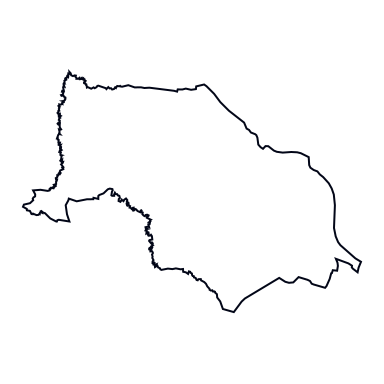 Benchalak, Si Sa Ket, Thailand (Robinson projection)
{"feature_id": "78962969B60458593570570", "entity_name": "Benchalak", "entity_type": "district", "adm_level": 2, "iso_a3": "THA", "parent_name": "Thailand", "parent_adm1": "Si Sa Ket", "projection": "robinson", "projection_center": [104.649, 14.787], "detail": "fine", "context": "isolated", "style": "outline", "palette": "ink", "viewbox_px": 384, "rotation_deg": 0, "n_neighbors": 0, "source": "geoboundaries", "source_scale": "gbopen_adm2", "svg_char_len": 5784}
<svg xmlns="http://www.w3.org/2000/svg" viewBox="0 0 384 384"><path d="M308.7,157.1L300.8,153.2L297.2,152.3L291.3,152.0L282.7,152.6L276.8,151.8L273.9,150.6L268.3,146.2L265.5,146.1L263.0,148.8L260.6,147.2L258.3,144.6L257.4,137.7L256.3,135.1L255.2,134.2L250.9,132.5L249.0,129.9L246.6,128.6L244.1,122.6L228.9,110.7L220.3,102.1L214.1,93.8L206.5,86.2L204.1,84.5L196.2,86.4L195.9,89.1L191.1,89.8L185.8,88.6L182.3,89.5L177.7,89.4L177.1,91.6L174.1,90.8L149.4,87.7L144.4,88.0L140.9,87.3L134.7,87.4L128.3,85.2L122.2,86.7L120.7,86.5L120.1,85.9L119.4,86.3L117.2,86.0L116.3,87.3L115.6,87.2L115.7,88.1L114.8,87.9L114.0,89.0L112.1,89.5L111.0,88.2L109.6,88.4L108.3,87.1L106.4,89.1L105.8,88.2L98.4,85.7L97.4,85.9L96.5,87.2L94.7,88.2L93.6,87.4L91.2,88.7L87.7,87.1L86.9,87.5L86.6,85.5L85.6,84.6L86.4,84.8L86.3,84.3L84.1,83.2L84.0,82.3L85.3,81.7L85.6,80.9L84.9,80.6L84.5,79.4L83.9,79.9L83.1,79.5L83.1,78.4L82.4,78.8L81.9,77.8L81.2,78.3L81.3,79.0L79.7,79.2L79.4,77.9L78.2,78.8L76.4,78.8L76.5,77.9L75.4,76.7L75.8,75.6L74.6,75.4L73.0,76.1L71.2,75.3L70.7,73.3L69.4,71.9L69.6,73.9L68.3,73.5L68.2,74.9L67.7,75.3L68.3,75.7L68.1,77.3L67.0,76.8L66.3,77.8L66.3,78.8L65.4,78.3L65.1,78.9L65.6,80.1L64.4,80.7L64.6,82.3L64.1,82.9L64.5,83.5L63.7,83.5L63.5,84.0L64.4,86.6L63.5,86.2L63.1,87.4L63.8,90.5L62.3,90.7L62.0,91.7L63.7,91.9L62.6,94.7L61.1,95.1L61.5,95.8L63.5,95.6L64.1,96.8L65.4,97.5L65.4,98.9L64.8,99.2L64.9,100.0L64.1,100.9L62.7,101.1L63.7,101.5L63.8,102.2L62.2,102.9L62.4,104.0L61.9,103.8L60.7,104.7L59.3,104.4L59.4,105.1L58.5,105.9L59.6,106.8L59.0,107.2L59.3,108.2L58.8,109.0L59.3,110.7L58.3,111.0L58.2,112.6L57.6,113.0L58.3,113.8L59.9,113.6L59.9,114.1L58.6,114.8L58.8,115.6L59.3,115.7L59.4,115.0L60.8,115.9L59.1,117.0L60.1,117.9L59.3,118.4L58.8,119.9L59.7,120.5L59.4,121.2L59.9,122.1L59.8,123.7L58.2,123.0L57.6,123.7L58.3,124.5L59.4,124.3L59.1,125.0L59.7,125.5L59.8,127.4L61.1,129.4L59.9,129.9L59.0,129.5L59.6,132.1L59.1,133.2L60.0,134.2L59.1,134.0L58.3,134.8L57.0,138.4L57.8,138.4L57.7,139.5L58.7,140.0L58.4,142.5L60.0,142.6L59.7,143.8L59.0,143.8L58.6,144.8L59.5,145.3L60.6,145.0L60.1,145.8L61.1,147.0L61.0,147.7L60.1,147.1L60.0,148.5L61.6,150.0L60.6,150.6L60.0,150.1L59.4,151.8L60.5,151.7L60.4,152.5L60.8,152.7L60.3,154.0L60.8,155.0L61.8,155.3L61.0,155.6L61.6,156.2L61.0,159.6L60.3,160.7L61.2,161.3L62.0,160.4L61.8,161.9L63.1,161.8L62.7,162.9L61.1,164.4L63.5,167.3L63.4,167.7L62.8,167.2L62.2,167.5L63.2,169.2L60.2,170.5L59.8,171.4L60.0,172.1L59.3,172.8L60.5,173.2L59.7,174.4L58.5,174.1L58.0,175.5L57.3,175.3L57.2,177.2L55.8,178.1L56.0,179.2L57.1,179.4L56.7,180.9L56.1,181.2L56.1,184.0L54.7,184.5L55.6,185.1L55.8,186.0L55.3,186.3L54.7,185.0L54.0,185.1L54.7,186.1L53.6,188.3L53.1,188.2L52.8,187.4L52.0,188.0L51.0,187.7L49.6,188.9L49.6,189.3L50.3,188.7L50.5,189.1L49.6,190.4L47.7,190.9L40.5,189.8L33.1,190.4L35.2,194.3L35.1,196.4L33.4,197.5L32.7,198.8L33.2,200.2L30.0,203.2L23.9,204.6L23.0,206.8L26.8,208.9L26.9,210.3L29.9,210.9L31.5,214.0L32.8,213.6L33.1,214.2L33.8,214.0L36.5,215.1L38.3,214.9L39.1,214.1L39.7,214.3L39.9,212.8L40.5,212.0L41.5,212.5L40.9,211.2L41.3,211.0L43.2,212.6L45.0,213.2L50.2,218.4L56.2,221.5L56.9,221.5L57.4,220.2L58.8,219.8L69.4,221.5L67.0,214.3L65.7,205.2L68.4,200.3L68.8,198.6L76.7,201.3L86.8,199.3L93.3,199.2L93.5,197.8L98.3,198.9L98.3,196.0L99.3,195.0L103.5,193.4L107.8,189.3L109.8,188.6L112.4,189.1L112.7,190.4L112.0,191.5L111.4,195.3L112.1,195.8L114.1,195.8L114.0,194.9L114.9,192.7L115.9,194.2L117.2,194.2L118.0,195.5L119.3,195.8L119.9,198.0L118.8,199.0L118.6,201.0L120.4,201.8L121.7,199.7L122.2,200.5L122.8,200.4L123.5,201.1L124.3,199.7L126.0,198.5L127.3,200.1L126.8,201.8L128.0,202.4L126.6,203.7L127.1,205.5L127.6,205.7L128.1,204.1L128.6,204.0L128.7,205.3L130.1,206.1L129.6,207.6L130.8,207.9L131.8,209.2L132.4,209.1L132.9,207.8L133.5,207.7L133.1,210.5L133.7,210.6L134.4,210.1L134.4,208.7L136.2,209.4L137.5,211.0L140.1,212.2L140.8,210.5L141.3,210.3L141.7,210.9L141.4,212.3L142.7,212.6L142.4,214.2L143.7,215.6L144.7,216.1L145.7,215.0L147.1,214.7L148.6,215.4L148.4,216.0L146.7,217.0L146.7,217.7L150.8,219.7L150.0,220.2L150.4,221.3L148.9,222.3L149.9,222.8L149.6,224.2L148.3,224.4L149.1,227.1L148.0,226.6L145.5,227.2L145.7,228.1L147.5,228.9L146.1,229.2L145.5,230.5L146.7,230.8L146.4,233.3L148.0,232.2L148.5,232.4L148.7,234.0L147.9,234.6L148.5,235.7L150.2,235.6L151.0,234.8L151.9,236.1L152.3,239.5L149.5,240.1L149.1,240.9L150.2,242.3L152.2,242.5L152.6,243.2L151.5,243.7L153.0,245.2L151.3,246.3L152.3,247.3L151.6,248.8L150.5,247.6L149.5,248.0L149.1,248.9L149.2,249.4L150.4,249.6L150.4,251.4L152.1,251.3L152.8,252.5L152.8,253.4L152.0,254.6L152.6,256.6L152.3,257.9L153.5,260.1L152.6,261.4L152.5,263.2L153.0,263.4L154.9,262.1L153.6,264.6L154.5,264.9L156.2,264.3L154.9,266.5L155.0,267.1L157.4,265.6L158.1,267.4L160.0,268.3L160.3,269.3L161.4,269.9L167.9,268.6L172.4,269.1L175.9,268.4L180.6,269.3L183.0,269.0L183.2,271.8L185.8,272.3L188.1,273.9L188.9,271.4L190.2,271.8L190.6,272.8L191.9,273.5L192.1,275.1L192.7,276.0L193.8,276.2L194.0,277.4L195.6,277.9L196.6,280.0L197.7,280.3L198.4,279.2L200.8,279.1L201.1,280.4L204.3,282.1L206.0,283.8L207.3,286.4L209.5,288.8L209.6,289.8L211.0,290.6L212.3,290.3L213.1,291.6L214.3,291.4L215.0,291.8L215.1,292.6L216.9,294.2L217.2,297.5L220.2,301.4L222.9,309.0L233.8,312.1L241.6,301.6L244.9,298.5L279.2,277.9L285.3,281.8L289.0,282.8L293.3,282.4L298.6,277.1L307.5,279.8L310.0,281.0L311.7,283.7L313.7,284.5L325.1,287.8L326.5,286.1L329.7,278.9L331.2,273.3L331.9,273.1L332.8,270.2L337.1,270.7L337.9,265.9L337.5,262.7L335.9,258.8L348.4,263.4L352.0,265.7L351.8,267.4L352.9,268.7L357.6,272.3L358.6,267.6L361.0,261.8L355.4,258.4L340.4,245.2L338.1,242.1L335.7,236.4L334.0,228.0L334.9,205.2L333.8,194.5L331.7,188.5L328.8,183.3L323.2,177.1L319.8,174.4L317.4,171.4L313.7,170.0L310.4,167.7L309.2,165.1L308.7,157.1Z" fill="none" stroke="#020617" stroke-width="2"/></svg>